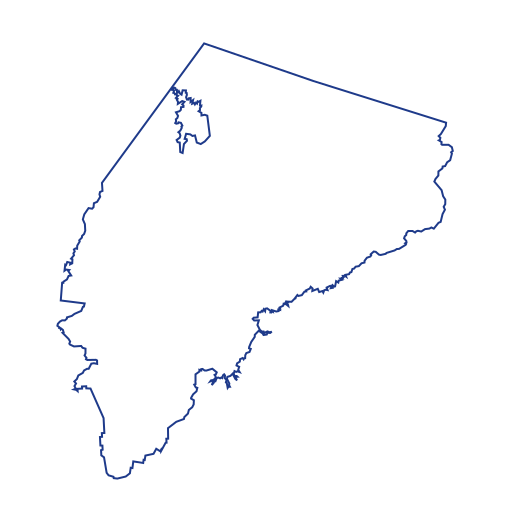 Mansfield, Victoria, Australia, rotated 267°
{"feature_id": "25037944B49622483033966", "entity_name": "Mansfield", "entity_type": "district", "adm_level": 2, "iso_a3": "AUS", "parent_name": "Australia", "parent_adm1": "Victoria", "projection": "robinson", "projection_center": [146.151, -37.241], "detail": "fine", "context": "isolated", "style": "outline", "palette": "blue", "viewbox_px": 512, "rotation_deg": 267, "n_neighbors": 0, "source": "geoboundaries", "source_scale": "gbopen_adm2", "svg_char_len": 6008}
<svg xmlns="http://www.w3.org/2000/svg" viewBox="0 0 512 512"><g transform="rotate(267 256 256)"><path d="M379.2,452.8L427.8,322.3L471.0,215.3L337.1,106.0L329.0,106.1L328.1,103.6L325.8,102.9L323.3,103.5L318.4,100.2L317.2,96.9L313.2,96.3L311.8,94.8L312.6,91.3L306.6,86.7L301.6,85.0L296.8,86.8L290.2,86.8L287.0,85.5L285.1,83.3L283.5,83.1L280.9,80.3L279.7,80.7L275.7,78.0L272.6,77.7L273.0,76.1L272.1,74.5L270.0,75.2L268.2,73.8L266.3,74.3L263.0,71.2L262.3,72.5L258.3,72.1L257.4,70.0L259.0,70.3L259.9,67.2L256.8,65.8L257.3,65.0L251.3,64.0L252.4,65.7L251.8,68.7L250.9,67.7L246.2,70.4L245.9,67.8L242.5,66.0L240.4,62.3L239.3,62.2L239.4,61.0L221.8,58.7L217.6,82.4L214.5,81.5L214.3,80.5L210.3,78.6L207.7,71.7L205.8,68.9L204.6,64.0L203.4,63.9L201.7,61.8L201.9,59.0L200.8,56.8L198.7,54.6L196.7,54.0L195.1,55.9L194.5,55.7L194.3,56.7L193.0,57.1L193.7,57.7L192.3,59.3L189.8,59.9L189.4,58.8L183.0,64.5L180.3,65.9L178.2,65.0L177.3,65.6L175.2,69.5L175.3,76.7L173.4,78.0L172.4,80.9L167.6,80.6L165.7,79.6L163.1,81.4L161.8,80.8L161.0,82.1L160.7,90.7L160.0,91.8L156.6,91.7L157.4,88.5L157.1,85.9L152.1,83.0L152.2,81.4L150.7,78.3L148.3,76.9L146.0,72.3L142.5,70.7L140.2,68.0L138.1,69.6L135.6,67.9L133.0,69.1L132.3,67.3L131.7,69.5L130.4,70.8L132.7,70.8L132.7,75.4L134.8,75.4L134.8,79.6L132.7,79.6L132.3,83.8L102.1,95.3L87.2,95.3L87.2,92.8L83.5,92.8L83.4,90.7L74.9,90.7L74.7,92.7L70.6,92.7L70.2,91.1L65.0,91.1L62.9,93.7L47.3,95.5L44.7,97.3L43.0,102.1L41.6,102.3L41.0,105.9L42.6,114.4L45.6,118.7L51.1,119.8L50.7,121.5L57.3,122.7L55.2,132.5L58.4,133.1L58.1,134.2L62.5,135.1L63.8,143.3L68.7,146.3L66.0,150.2L67.0,150.8L66.0,150.9L74.3,156.0L74.3,156.9L78.2,156.9L78.2,158.7L88.7,159.1L94.6,167.7L97.0,175.5L98.9,176.0L102.2,179.8L105.8,180.9L108.3,184.4L111.1,186.0L115.2,186.4L117.0,183.7L117.8,183.8L121.2,186.0L124.0,189.5L127.4,190.5L127.9,189.0L130.8,187.6L131.2,188.9L141.0,189.4L143.6,193.5L145.3,193.5L144.6,195.3L145.9,195.4L146.0,196.7L144.4,198.6L144.2,200.4L145.7,206.5L141.9,210.7L140.2,209.9L139.4,208.4L138.0,209.4L136.0,209.0L134.4,206.9L134.2,204.6L133.2,203.8L133.8,205.4L132.9,206.6L129.4,205.1L131.8,207.3L133.3,207.5L133.0,208.9L136.1,210.3L136.6,211.9L135.7,213.8L136.5,215.0L135.9,215.9L138.6,216.8L139.5,218.0L138.3,218.8L135.7,218.4L133.7,220.1L131.4,219.3L130.5,220.2L125.8,220.8L126.8,221.6L126.8,223.1L128.5,222.3L130.0,222.7L135.0,220.5L136.8,221.1L137.6,224.2L139.7,226.5L134.4,228.9L132.8,230.6L136.3,228.8L136.4,231.2L137.2,230.4L137.2,228.3L139.7,227.6L142.2,228.5L141.3,230.1L141.8,231.4L140.9,233.6L143.3,232.3L146.2,233.4L147.7,230.8L149.8,231.5L151.4,234.3L153.8,234.7L154.8,237.3L153.5,238.2L154.4,238.7L154.5,239.8L157.5,240.1L159.6,241.3L160.5,244.5L163.5,245.9L164.2,244.2L165.5,244.4L170.5,246.8L175.3,250.5L177.4,250.7L181.2,254.8L178.3,258.6L176.7,259.4L177.0,262.6L178.8,263.5L178.4,266.1L179.6,267.8L179.1,265.7L180.1,263.5L178.8,260.3L180.2,259.7L180.2,257.9L182.1,256.0L187.0,253.8L191.6,255.5L191.7,250.8L193.4,249.4L194.5,250.5L194.6,254.4L199.6,255.2L199.5,257.6L200.9,258.8L200.2,259.7L202.4,260.9L200.4,262.2L202.9,262.7L203.1,264.4L200.4,267.7L198.9,267.4L198.8,268.3L200.0,268.7L199.4,269.8L201.0,269.4L199.5,273.3L199.8,275.6L201.1,275.5L200.9,276.8L201.8,276.3L202.0,277.4L203.3,276.8L204.9,280.5L206.9,281.1L206.5,282.1L207.2,282.5L204.4,285.6L205.6,285.4L207.4,283.5L207.6,284.3L208.2,283.2L209.0,283.7L208.0,284.8L208.8,285.1L208.4,289.1L211.7,292.7L211.4,293.9L212.2,293.0L214.9,295.3L213.9,296.2L214.5,299.7L217.8,302.4L218.0,304.3L219.0,304.0L220.7,308.0L222.4,309.0L220.6,310.8L218.1,310.4L220.0,316.0L216.7,317.2L217.5,320.5L215.9,321.3L218.2,322.3L218.7,323.9L218.2,325.7L220.8,324.9L222.3,328.5L221.2,329.7L220.0,329.1L220.2,330.8L222.1,330.0L223.0,330.8L221.3,332.4L221.5,333.4L226.7,334.7L225.2,336.8L227.1,337.3L227.7,340.4L229.0,339.2L228.9,341.4L229.8,340.9L230.2,342.3L231.6,341.7L231.6,343.7L230.7,344.9L232.5,344.3L233.0,348.0L234.6,348.9L234.9,350.4L238.0,351.6L238.3,353.3L240.1,354.9L240.5,358.2L243.2,361.0L243.8,364.0L245.6,364.2L248.5,366.7L249.5,370.2L250.8,371.1L251.7,370.6L254.3,373.8L253.9,375.8L250.9,378.9L250.5,380.6L251.4,385.7L252.2,386.4L254.3,394.7L255.6,397.0L255.6,399.2L259.3,406.0L260.1,406.5L260.9,405.6L261.7,407.0L263.1,406.9L265.9,404.8L267.9,405.6L269.1,407.1L270.8,407.3L273.0,409.3L272.8,413.6L271.1,416.1L272.3,417.4L272.7,419.0L271.8,422.3L274.0,426.2L274.3,430.6L275.3,432.6L274.0,435.0L279.6,440.0L280.4,442.2L288.1,444.5L292.4,447.1L295.3,446.0L297.9,447.7L302.4,448.0L305.9,446.0L312.0,444.8L321.0,438.0L323.6,439.3L326.8,442.3L330.9,442.6L333.7,446.7L335.6,447.1L335.9,449.6L339.6,451.8L341.5,454.9L348.0,457.0L349.4,456.3L350.6,458.0L354.4,457.3L357.0,454.1L357.3,447.7L357.9,447.0L360.1,447.3L361.9,444.7L362.3,445.7L364.4,446.3L366.2,444.7L368.1,447.0L375.8,452.3L379.2,452.8ZM373.8,183.7L376.0,182.8L378.2,186.1L380.2,186.8L382.6,186.2L383.7,185.0L385.2,187.0L387.9,188.6L389.2,188.3L390.0,189.3L392.9,188.0L393.5,185.7L392.6,185.2L392.3,183.3L393.0,182.3L394.7,183.3L396.7,183.1L397.8,184.6L400.0,185.5L403.7,183.6L404.6,187.2L405.9,188.6L408.5,188.9L408.7,191.4L410.1,191.5L411.3,190.2L413.7,192.6L414.6,190.4L412.0,185.9L414.0,186.2L416.2,185.1L417.0,185.9L418.0,184.3L420.1,186.5L420.6,185.3L422.3,185.3L421.7,183.6L423.0,183.0L423.3,182.0L425.0,182.7L426.2,182.1L426.3,181.2L427.8,182.0L428.4,183.4L427.8,184.3L426.2,184.4L426.1,185.7L423.8,185.7L423.4,186.6L424.7,187.6L421.9,188.8L421.0,190.1L425.3,191.4L425.0,194.7L422.7,194.4L422.4,195.3L420.4,195.4L418.3,194.5L415.8,195.2L415.7,196.6L417.0,197.1L417.2,199.0L413.2,198.7L415.0,201.3L411.4,200.3L412.1,202.2L410.6,202.9L412.3,204.1L411.3,205.1L413.5,205.8L413.0,206.7L413.9,208.6L409.3,207.9L408.6,208.2L409.0,209.3L408.2,209.2L406.6,207.7L404.6,207.7L403.6,206.3L401.8,209.0L399.2,208.9L399.7,212.2L398.7,214.7L378.4,216.2L373.1,210.9L370.7,206.7L372.4,202.8L379.6,201.4L379.2,198.8L380.9,196.8L381.7,192.6L376.7,190.9L376.3,192.9L374.7,193.1L371.6,189.9L362.7,188.1L363.8,185.8L373.3,185.8L373.8,183.7Z" fill="none" stroke="#1e3a8a" stroke-width="2"/></g></svg>